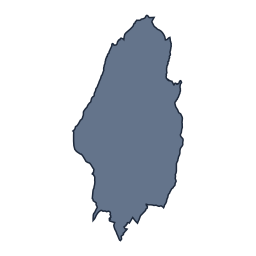 outline of Caldas, Boyacá, Colombia
{"feature_id": "7082276B54431316283540", "entity_name": "Caldas", "entity_type": "district", "adm_level": 2, "iso_a3": "COL", "parent_name": "Colombia", "parent_adm1": "Boyacá", "projection": "equal_earth", "projection_center": [-73.872, 5.576], "detail": "fine", "context": "isolated", "style": "filled", "palette": "slate", "viewbox_px": 256, "rotation_deg": 0, "n_neighbors": 0, "source": "geoboundaries", "source_scale": "gbopen_adm2", "svg_char_len": 5746}
<svg xmlns="http://www.w3.org/2000/svg" viewBox="0 0 256 256"><path d="M92.2,173.9L92.2,174.0L93.1,174.5L93.6,174.9L93.9,175.6L94.5,176.3L94.8,177.4L94.7,180.5L94.9,181.8L94.6,184.6L94.1,186.7L93.9,188.2L93.3,189.4L93.0,190.8L92.3,198.1L92.3,198.6L93.0,199.2L93.2,200.7L96.0,202.7L96.3,203.2L96.1,203.9L96.1,204.6L96.3,205.2L96.8,205.9L97.3,207.4L96.3,209.1L94.6,212.6L94.0,213.2L93.6,213.9L93.3,215.0L93.1,218.4L93.1,220.5L94.4,219.0L95.2,217.7L96.2,215.4L96.8,214.4L98.1,212.6L98.7,212.0L100.6,210.5L101.1,210.4L101.8,210.4L102.4,211.0L103.2,211.2L105.1,211.0L106.6,211.7L108.5,211.2L108.9,211.3L110.2,212.2L110.4,213.1L110.4,213.5L110.0,214.7L110.6,215.3L110.6,215.9L110.7,216.6L110.8,217.3L110.6,217.5L109.5,218.2L109.3,218.5L109.3,218.8L110.2,218.9L110.3,219.1L109.4,220.0L109.4,220.3L109.5,220.7L109.8,221.0L113.1,222.1L114.7,222.5L113.8,225.3L113.8,225.6L114.1,227.0L114.8,229.1L116.3,232.0L116.9,233.9L117.9,235.9L118.1,236.7L118.3,237.0L118.7,238.1L119.6,240.1L120.5,240.6L121.2,239.5L121.6,239.0L121.2,236.2L123.4,234.6L123.3,233.2L123.6,233.1L124.0,232.9L125.1,231.3L126.0,230.5L127.1,229.1L126.5,228.9L126.2,229.1L125.5,229.0L124.8,228.2L124.2,227.4L124.1,226.8L126.0,225.6L126.1,224.9L127.0,224.1L127.2,223.1L127.4,222.7L127.6,222.6L128.7,222.7L129.3,223.1L132.7,217.5L135.6,221.3L137.5,223.2L138.2,221.4L138.9,220.0L140.3,216.2L140.8,215.3L141.4,214.8L145.4,210.6L145.6,210.2L145.7,209.4L145.9,209.1L147.1,208.3L147.3,207.6L147.4,206.5L147.2,206.2L146.8,205.9L146.6,205.6L146.2,204.8L146.2,204.2L146.4,204.2L147.7,204.7L148.4,204.8L150.9,204.8L152.7,205.0L153.6,205.4L154.7,205.4L156.1,205.2L158.4,206.2L159.3,206.3L159.6,206.3L160.4,205.9L161.3,205.9L163.3,207.3L163.6,207.7L164.1,206.7L164.6,204.9L164.9,204.4L165.4,203.9L165.7,203.3L166.5,201.5L166.6,200.4L167.2,198.4L167.6,197.8L167.8,197.1L168.1,195.4L168.4,194.4L169.6,193.0L169.9,192.0L171.7,188.8L172.2,188.4L172.6,188.2L173.2,187.5L173.5,186.8L174.8,185.5L175.0,184.9L175.1,183.6L175.4,182.7L176.1,181.4L176.0,180.6L175.5,179.3L175.2,178.4L175.5,176.5L175.3,174.4L175.6,173.8L176.0,173.0L176.2,172.2L176.4,170.9L176.4,163.6L176.9,162.3L177.6,161.0L177.8,160.5L177.9,159.4L178.3,158.1L178.5,156.9L179.5,154.8L179.9,153.2L179.9,150.8L180.3,148.8L180.9,147.6L182.4,145.6L182.8,144.6L182.8,144.2L182.7,142.7L183.1,140.1L183.0,139.2L182.8,138.7L181.0,136.7L180.5,135.8L180.4,134.9L180.4,134.5L181.3,132.6L181.7,129.4L182.3,127.5L182.3,126.7L182.2,126.1L182.2,123.6L182.0,122.8L182.4,118.6L182.3,117.6L182.0,116.7L180.8,114.2L180.6,113.9L178.7,112.6L177.6,109.8L175.9,107.1L175.6,106.4L174.9,103.5L174.9,102.6L175.2,101.9L176.0,101.0L176.4,100.1L177.3,99.1L177.5,98.3L178.3,97.1L179.2,94.6L179.8,93.4L180.1,91.5L180.4,91.1L180.4,90.5L180.3,89.9L180.4,88.8L180.1,87.9L180.0,87.0L180.2,85.0L180.5,83.9L181.5,82.7L181.5,82.2L181.2,81.7L181.1,81.3L180.7,81.2L180.6,80.7L180.2,80.7L179.9,81.1L179.5,81.4L179.2,82.6L178.4,83.7L178.0,83.6L177.6,83.8L177.2,83.9L177.1,84.3L176.9,84.3L176.0,83.4L175.5,83.2L175.1,83.2L174.8,83.5L174.2,84.7L174.0,84.9L173.8,84.9L173.3,84.0L173.2,83.7L173.0,83.1L172.3,82.4L172.0,81.3L170.8,81.1L170.5,80.9L170.0,80.9L169.7,80.7L169.5,80.4L169.4,80.4L169.3,80.5L169.0,80.6L168.7,80.3L168.6,80.1L168.3,80.3L168.1,80.1L168.0,79.5L167.8,79.5L167.6,79.7L167.4,79.6L167.1,78.8L166.4,78.3L166.1,76.6L166.4,75.2L166.2,74.2L166.3,73.9L166.8,73.0L166.9,72.7L166.6,71.0L166.6,68.0L166.8,67.5L166.9,66.6L167.0,65.8L167.7,64.8L167.6,64.1L168.0,63.7L168.1,63.2L167.9,62.4L167.9,61.7L168.1,61.4L168.5,61.4L168.7,61.2L168.8,61.0L168.9,59.6L169.0,59.1L169.3,58.5L169.6,57.6L169.5,57.1L169.4,56.8L169.4,56.2L169.6,55.8L170.2,55.2L170.3,55.0L170.4,54.3L170.2,53.2L170.0,52.6L170.0,52.0L170.2,51.1L170.5,50.4L170.5,49.9L170.8,48.5L170.8,47.8L171.1,46.8L171.2,46.3L171.1,44.6L171.2,43.3L170.8,42.7L170.7,41.7L170.4,41.3L170.1,38.5L169.9,37.4L168.6,38.0L167.4,39.2L166.9,39.6L165.4,39.9L165.2,38.9L164.7,36.6L163.7,34.5L162.4,32.6L161.2,31.3L159.3,30.0L158.2,29.6L157.2,29.0L155.8,27.6L154.5,26.7L154.0,26.1L151.9,22.0L151.9,21.7L152.3,20.6L154.1,17.4L149.4,17.6L149.1,17.5L147.7,15.7L147.3,15.5L146.7,15.4L146.0,16.0L145.6,16.6L145.4,17.3L144.9,17.9L144.5,18.2L142.9,18.9L141.8,19.0L141.1,19.3L140.8,19.8L139.8,20.3L136.6,20.3L136.4,20.8L135.3,22.0L135.0,23.1L134.1,23.5L133.1,26.0L132.6,26.7L130.2,29.2L126.2,32.6L125.1,33.9L124.8,34.3L124.5,35.5L124.1,37.2L123.8,39.5L123.5,39.1L123.1,38.8L122.5,38.8L121.5,38.2L120.8,38.2L120.2,38.9L120.0,39.1L120.0,39.5L119.9,39.6L119.7,39.9L119.2,39.8L118.7,40.0L118.2,40.7L118.1,41.3L117.8,41.5L117.5,41.9L117.3,42.9L117.0,43.9L116.5,44.6L115.9,45.0L114.1,45.2L113.2,43.9L112.5,43.6L112.2,43.8L111.9,44.4L111.8,45.9L111.2,47.3L110.5,48.7L109.8,50.4L109.5,50.9L109.1,51.8L109.0,52.7L108.9,53.1L108.2,53.6L107.4,55.1L107.3,55.5L107.3,56.5L106.8,56.7L106.6,56.8L106.4,57.7L105.6,59.5L105.6,60.5L105.4,60.9L105.1,62.0L105.1,62.6L105.1,63.2L104.9,63.8L104.6,64.4L104.2,65.4L104.1,66.5L103.8,67.4L103.6,69.1L103.8,70.2L102.7,73.2L102.4,74.3L102.1,74.9L101.5,75.6L101.2,76.2L100.6,78.5L99.2,81.6L99.0,82.4L98.4,84.0L97.8,85.2L97.6,85.9L97.3,86.8L96.7,87.7L96.0,88.6L95.8,89.1L95.6,90.4L95.4,91.1L94.4,93.1L94.2,94.3L94.2,95.2L94.1,95.8L93.5,96.4L92.8,96.8L91.9,97.8L91.5,98.6L90.8,101.7L90.3,102.4L89.5,103.0L88.0,104.9L86.9,107.3L85.5,108.7L83.6,111.4L83.4,112.2L83.4,113.8L83.3,115.4L83.0,116.0L82.2,118.6L81.3,119.6L80.4,120.2L78.5,123.7L77.0,125.8L76.2,126.2L75.5,126.7L75.1,128.5L74.4,129.8L72.9,131.0L73.4,131.4L73.6,131.7L73.7,133.2L73.6,134.6L73.6,141.1L73.9,145.7L74.8,149.3L76.3,151.2L77.3,152.0L79.7,153.6L80.5,154.1L81.4,154.2L82.9,156.1L85.0,159.6L85.9,161.3L87.4,162.3L89.8,163.2L90.9,164.6L93.2,168.4L93.8,169.1L93.9,169.3L93.4,172.9L92.7,173.0L92.5,173.3L92.2,173.9Z" fill="#64748b" stroke="#1e293b" stroke-width="1.5"/></svg>